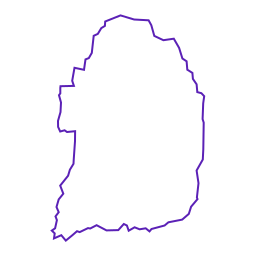 Florida, Puerto Rico (Natural Earth projection)
{"feature_id": "32010507B91189931708887", "entity_name": "Florida", "entity_type": "district", "adm_level": 2, "iso_a3": "PRI", "parent_name": "Puerto Rico", "parent_adm1": "", "projection": "natural_earth1", "projection_center": [-66.565, 18.375], "detail": "fine", "context": "isolated", "style": "outline", "palette": "violet", "viewbox_px": 256, "rotation_deg": 0, "n_neighbors": 0, "source": "geoboundaries", "source_scale": "gbopen_adm2", "svg_char_len": 1129}
<svg xmlns="http://www.w3.org/2000/svg" viewBox="0 0 256 256"><path d="M197.5,199.1L196.9,197.5L198.5,183.2L196.6,170.5L202.8,159.5L203.3,149.3L203.7,122.6L202.6,119.1L203.2,103.3L204.2,96.2L201.4,93.2L197.3,92.1L196.6,84.3L192.9,78.9L192.4,72.9L187.3,69.7L186.6,61.3L182.4,58.5L179.1,47.9L173.8,38.7L163.4,40.2L154.3,35.9L151.3,25.2L148.6,20.3L134.1,19.5L120.5,15.4L105.2,21.5L104.9,25.9L101.3,28.1L97.8,33.9L93.7,35.8L91.8,52.9L88.8,58.1L85.5,59.4L84.0,69.8L74.5,67.8L72.2,80.8L73.9,85.9L60.5,86.2L60.3,87.9L60.3,93.4L59.0,95.2L61.0,102.5L60.5,112.1L58.0,120.9L58.1,126.9L60.2,131.5L64.6,130.3L67.0,132.0L75.1,131.2L75.0,141.3L73.7,160.0L73.5,163.8L69.9,169.7L68.1,175.7L60.2,185.6L63.3,193.7L58.7,199.4L56.5,207.0L58.7,212.2L55.5,216.4L56.9,220.1L55.1,228.3L51.8,230.6L54.7,233.4L54.0,238.4L61.3,235.2L65.8,240.6L72.4,235.2L77.0,231.2L79.7,232.1L88.0,228.1L90.2,228.5L96.6,225.2L106.5,230.4L118.3,230.1L123.8,224.0L126.9,225.5L128.7,230.7L134.6,227.3L139.6,229.3L145.7,228.3L149.5,231.4L151.5,229.0L164.6,225.5L168.4,222.3L182.2,219.6L188.8,213.9L191.1,206.7L197.5,199.1Z" fill="none" stroke="#5b21b6" stroke-width="2"/></svg>